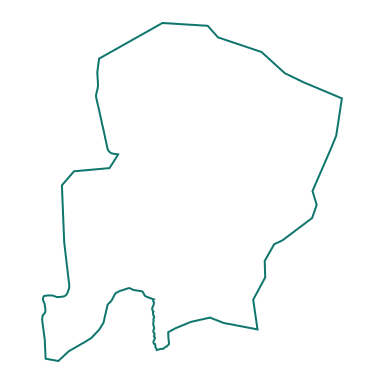 the district of Bornuur, Töv, Mongolia
{"feature_id": "93677404B81102829752528", "entity_name": "Bornuur", "entity_type": "district", "adm_level": 2, "iso_a3": "MNG", "parent_name": "Mongolia", "parent_adm1": "Töv", "projection": "mercator", "projection_center": [106.158, 48.484], "detail": "fine", "context": "isolated", "style": "outline", "palette": "teal", "viewbox_px": 384, "rotation_deg": 0, "n_neighbors": 0, "source": "geoboundaries", "source_scale": "gbopen_adm2", "svg_char_len": 2575}
<svg xmlns="http://www.w3.org/2000/svg" viewBox="0 0 384 384"><path d="M336.2,135.8L341.9,98.4L303.8,82.4L284.8,73.2L261.5,52.0L218.0,37.4L207.7,25.8L162.4,23.0L99.1,58.6L97.3,72.2L97.4,74.5L97.6,77.9L97.8,80.3L98.0,85.9L97.5,89.1L96.6,92.5L96.0,95.6L96.1,96.9L96.9,100.7L97.7,104.2L99.0,109.7L99.8,113.5L100.8,117.7L101.3,120.1L101.7,122.1L102.0,123.8L102.5,125.7L102.9,127.3L103.6,130.5L104.5,134.5L105.4,139.0L106.0,141.4L106.5,144.0L107.3,147.5L107.5,148.7L108.0,150.0L108.8,151.2L109.3,151.7L110.2,152.5L111.9,153.4L113.7,153.8L115.2,154.0L116.5,154.1L117.2,154.2L118.1,154.4L114.6,160.1L109.5,168.1L74.0,171.3L61.9,185.3L64.2,242.3L69.2,284.7L69.2,287.8L68.7,289.4L68.2,290.6L68.0,291.2L67.7,292.3L67.2,293.4L66.4,294.7L64.8,296.0L62.9,296.6L59.6,297.0L56.9,297.1L55.3,296.5L53.1,295.7L51.1,295.4L49.2,295.5L47.5,295.4L46.5,295.8L45.4,295.7L44.0,296.1L43.3,297.1L43.0,298.8L43.2,300.8L44.5,303.6L45.4,309.2L45.3,312.2L44.5,313.2L43.8,314.3L42.8,315.2L42.5,316.6L42.1,319.6L44.8,340.2L45.6,358.7L58.3,361.0L68.8,351.2L84.7,342.1L91.3,338.0L99.3,329.6L103.5,322.7L107.0,307.3L107.5,305.1L108.6,303.5L110.3,302.0L111.9,300.0L112.5,298.8L113.7,296.5L115.2,293.7L116.2,292.7L117.4,292.3L119.2,291.2L123.3,289.9L128.1,288.3L129.6,288.1L133.5,290.0L141.5,291.2L142.6,291.7L143.9,293.9L144.8,295.7L146.4,296.7L153.9,299.4L153.4,299.9L153.2,300.5L153.2,301.2L153.5,301.8L153.8,302.1L154.0,303.0L153.7,304.2L153.5,305.0L153.2,306.0L152.6,307.1L152.2,308.1L152.2,309.2L152.6,310.5L152.8,311.0L153.0,311.3L153.3,311.4L153.5,311.7L153.2,312.1L153.0,312.5L152.9,313.1L153.1,314.0L153.3,315.0L153.4,315.6L153.9,316.0L154.2,316.6L154.2,317.3L153.7,318.1L153.5,318.5L153.5,319.4L153.7,320.2L153.5,321.0L153.4,321.9L153.3,323.3L153.3,324.8L153.7,326.4L154.1,327.4L154.2,328.2L153.9,329.0L153.5,330.1L153.3,331.2L153.5,332.2L153.8,332.7L154.4,333.3L154.6,334.1L154.4,334.8L154.1,335.6L153.9,336.3L154.1,336.8L154.5,337.0L154.9,337.5L155.0,338.3L154.4,339.5L153.8,340.6L153.5,341.3L153.5,342.0L153.5,342.8L153.8,343.5L154.2,344.0L155.0,344.1L155.2,344.7L155.4,345.4L155.3,346.5L155.7,347.9L156.6,349.2L156.8,350.0L157.6,349.7L158.7,349.5L160.1,349.1L161.0,348.8L161.9,348.9L162.7,348.8L163.3,348.8L163.9,348.2L164.5,347.6L165.8,346.9L166.5,346.6L167.3,345.8L167.9,345.3L168.6,344.5L169.0,344.0L168.9,342.1L168.7,340.7L168.5,338.9L168.4,337.3L168.2,332.2L175.4,328.3L190.9,321.9L210.0,317.6L223.8,323.0L257.5,329.4L253.2,299.7L265.2,277.4L264.7,261.0L274.2,244.2L282.4,240.4L312.1,218.0L316.7,204.9L312.5,191.0L330.2,150.3L336.2,135.8Z" fill="none" stroke="#0f766e" stroke-width="2"/></svg>